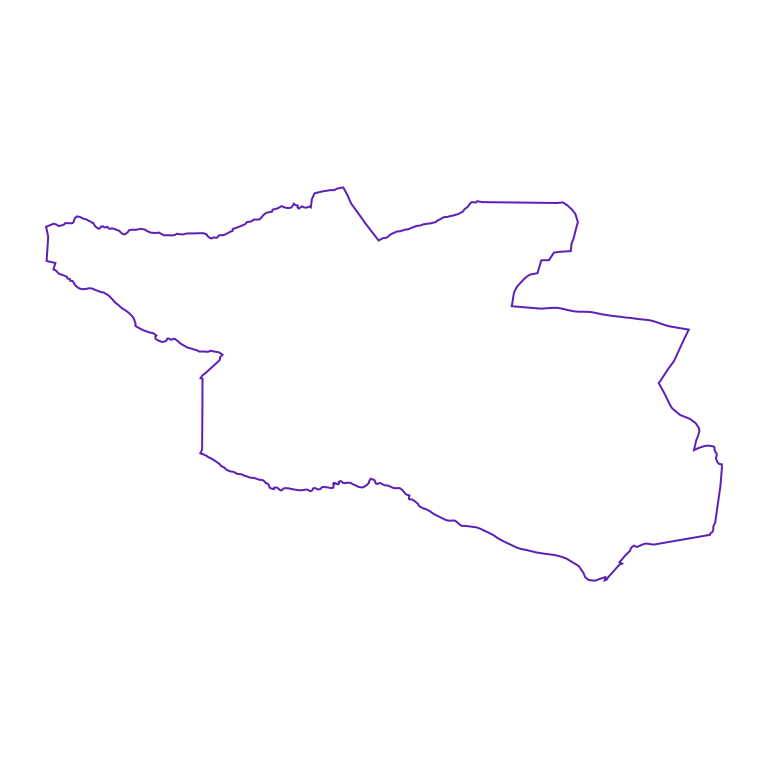 outline of Domingo Arenas, Puebla, Mexico
{"feature_id": "50627088B24684485641547", "entity_name": "Domingo Arenas", "entity_type": "district", "adm_level": 2, "iso_a3": "MEX", "parent_name": "Mexico", "parent_adm1": "Puebla", "projection": "albers", "projection_center": [-98.448, 19.131], "detail": "fine", "context": "isolated", "style": "outline", "palette": "violet", "viewbox_px": 768, "rotation_deg": 0, "n_neighbors": 0, "source": "geoboundaries", "source_scale": "gbopen_adm2", "svg_char_len": 6082}
<svg xmlns="http://www.w3.org/2000/svg" viewBox="0 0 768 768"><path d="M710.1,534.8L710.5,533.2L712.2,532.2L713.2,530.2L713.4,526.3L715.2,522.4L720.4,486.1L721.9,468.0L721.8,464.3L719.2,464.0L717.7,462.6L716.4,459.7L715.9,458.0L716.6,456.1L716.7,453.7L715.6,452.1L714.7,450.4L714.4,449.2L714.5,447.6L713.9,446.6L710.7,445.9L707.3,445.6L704.5,446.1L699.6,447.6L694.0,450.1L696.2,440.5L698.1,435.6L699.4,431.1L698.9,428.0L695.8,423.3L689.8,418.8L680.1,415.0L672.2,408.4L670.3,405.4L664.5,393.6L658.7,383.0L660.9,380.1L668.0,369.2L674.0,361.0L683.8,339.8L688.8,329.6L672.0,326.8L667.2,325.8L653.6,321.2L650.0,320.3L645.2,319.7L640.6,319.3L634.4,318.5L630.4,317.9L625.1,317.5L621.6,316.9L612.4,315.9L602.5,314.4L591.5,312.1L587.2,311.8L578.4,311.7L574.6,311.4L570.3,310.6L560.3,308.3L556.8,307.8L551.6,307.9L542.5,308.6L540.2,308.6L511.7,306.2L512.7,300.8L513.5,295.4L514.3,291.7L517.2,286.4L523.9,279.2L527.2,276.3L530.3,274.5L537.5,273.2L541.3,260.3L549.0,260.2L553.9,252.6L559.8,251.8L570.8,251.1L571.6,243.4L573.5,238.8L576.3,227.6L577.9,222.2L575.3,213.8L572.1,209.7L567.3,205.3L562.8,202.4L556.8,203.0L482.3,202.1L477.1,201.2L476.0,202.5L471.9,202.1L470.5,203.1L469.1,205.0L467.3,207.3L464.6,209.0L463.2,211.3L458.3,214.1L455.9,214.7L452.2,215.8L449.8,216.1L447.9,216.9L445.3,217.0L443.1,217.5L439.8,219.5L437.4,220.6L435.5,222.2L432.9,222.7L430.5,223.4L428.3,223.6L423.1,224.4L420.3,225.5L416.8,225.9L411.8,227.7L407.7,229.5L405.1,229.6L400.0,231.3L397.8,231.3L395.7,232.0L394.0,232.9L392.3,233.5L389.3,235.3L387.9,236.9L386.0,237.8L382.9,238.2L378.6,240.5L364.4,222.1L363.4,220.5L351.0,203.3L347.6,195.4L343.3,187.5L341.0,187.8L337.2,188.6L334.0,190.2L330.5,190.1L322.9,191.3L314.6,193.3L311.9,199.1L310.8,207.3L309.8,206.5L306.7,207.6L304.3,207.5L301.9,206.4L300.7,207.2L299.0,208.6L297.5,207.5L297.8,205.6L295.6,205.1L293.8,203.7L293.4,204.8L291.2,207.6L288.0,208.1L284.8,207.5L281.5,206.1L277.8,208.3L272.6,209.7L271.9,211.7L266.3,212.8L263.2,215.2L261.7,217.2L259.6,219.4L257.2,219.6L254.0,219.5L250.8,221.6L247.0,222.0L245.4,224.0L242.1,225.5L236.4,227.8L232.7,229.0L232.6,230.8L229.6,232.1L225.1,234.6L223.0,235.1L219.1,235.3L217.0,237.7L213.3,237.5L211.8,238.4L209.8,238.0L207.2,235.6L206.7,234.4L203.4,233.2L200.0,233.2L193.9,233.4L188.1,233.4L185.7,233.7L183.2,234.4L180.0,234.3L178.0,233.9L177.4,234.0L176.8,233.7L174.9,235.0L172.1,235.4L167.9,235.2L163.9,235.3L158.9,232.6L155.6,233.0L151.1,232.7L147.0,231.1L145.1,229.6L141.0,228.8L135.9,229.8L132.4,229.7L129.2,230.2L127.3,232.7L124.7,234.5L122.0,233.6L119.1,230.7L116.1,229.8L115.7,229.2L113.9,229.0L112.2,228.2L111.1,228.6L109.6,228.9L107.0,226.7L106.0,227.4L104.7,227.4L103.8,227.0L102.7,226.3L101.1,226.6L99.6,228.6L98.1,228.5L95.2,226.4L93.3,223.0L92.1,222.8L90.5,221.5L88.7,220.8L87.0,219.7L83.2,218.6L80.3,217.1L77.0,216.4L75.7,217.4L74.4,219.0L73.9,221.2L73.3,222.3L72.5,223.1L71.3,223.3L65.2,223.1L64.3,224.4L61.4,225.5L58.6,226.0L56.2,224.4L53.6,223.7L46.1,226.8L48.2,237.0L46.6,261.0L55.4,263.0L53.4,269.4L55.5,270.2L58.9,273.7L64.0,275.5L64.4,275.7L66.9,276.8L67.6,278.6L69.9,279.1L70.1,280.7L72.6,281.0L75.1,285.1L78.2,287.8L80.0,288.7L82.5,289.2L87.0,288.8L88.4,288.3L91.9,288.4L95.7,290.1L101.0,292.1L103.7,292.5L105.2,293.5L108.3,295.2L112.4,299.3L114.1,301.4L116.2,303.3L118.8,305.4L120.7,307.2L123.0,308.9L125.6,310.4L129.3,313.3L132.7,316.7L134.1,319.4L135.6,323.9L135.3,325.7L137.1,327.0L143.2,330.2L149.7,332.5L152.9,333.1L156.4,335.5L155.2,336.9L155.7,338.9L157.5,340.1L159.7,341.1L162.5,342.1L165.5,341.2L166.7,340.1L167.4,338.5L169.0,338.6L170.6,339.7L172.2,339.4L173.5,338.8L175.2,339.0L176.4,340.2L178.0,341.2L179.6,342.9L182.2,344.6L187.1,347.4L195.9,350.0L197.8,350.8L199.0,351.5L204.6,351.5L206.6,351.8L208.5,351.7L210.5,350.7L212.8,351.3L218.8,352.3L222.5,354.6L219.8,357.8L220.1,359.1L219.1,360.7L205.0,373.5L202.5,375.3L200.6,378.2L202.5,378.7L202.4,410.2L202.1,449.4L201.1,452.0L200.3,453.2L201.7,454.0L203.1,454.1L204.7,455.1L206.6,455.8L208.4,457.3L210.1,457.9L214.9,460.7L219.6,464.1L221.1,466.0L224.4,467.6L225.8,469.3L228.5,470.7L230.7,471.5L233.4,471.8L234.9,472.5L237.3,473.9L239.8,474.1L242.2,474.5L243.5,475.4L248.0,476.8L250.1,477.7L253.9,477.9L257.6,479.1L258.6,479.6L262.6,480.1L263.5,480.6L264.8,481.8L265.6,483.0L267.0,483.3L268.3,484.3L269.0,485.7L269.6,487.6L271.4,488.5L273.9,489.1L273.9,488.2L274.5,487.5L275.4,487.4L277.5,487.8L277.9,488.4L278.6,488.8L280.0,490.1L280.7,490.4L281.3,490.4L282.2,489.9L282.5,489.3L284.6,488.1L288.4,488.3L290.4,488.8L298.4,490.2L301.4,490.3L305.9,489.6L307.7,489.7L309.7,491.0L310.5,491.1L311.2,491.0L312.5,490.0L312.8,489.3L313.0,488.5L313.7,488.1L315.2,488.1L317.4,489.2L318.3,489.4L320.2,489.2L321.6,487.6L322.5,487.1L323.7,486.9L324.9,486.9L325.6,487.3L327.4,487.3L329.2,487.8L332.0,488.1L333.4,487.6L333.3,486.5L333.5,485.5L334.1,484.4L333.2,483.8L333.8,482.9L335.0,483.0L337.4,484.2L338.5,484.2L339.2,483.1L338.6,482.2L339.4,481.5L340.3,481.1L341.8,481.5L342.6,482.7L343.6,483.0L345.5,483.2L346.8,482.7L350.8,482.9L352.9,484.3L354.8,485.0L358.5,486.9L362.0,487.5L363.6,487.1L365.1,486.1L366.8,485.1L369.0,482.7L369.2,481.2L370.0,479.8L370.8,478.7L371.8,479.3L372.7,479.4L374.2,479.9L374.9,481.0L375.4,482.1L375.6,483.2L376.3,483.7L377.4,484.0L379.3,483.1L380.4,483.1L383.9,485.0L384.8,485.3L387.8,485.5L393.7,488.1L399.8,488.1L401.7,489.5L403.0,490.8L405.2,493.6L406.8,494.7L409.4,495.4L408.8,498.4L409.3,499.3L412.3,499.5L414.9,501.3L417.9,503.8L419.2,506.2L423.1,508.4L426.0,509.1L429.6,511.1L433.8,514.0L445.6,519.9L448.2,520.6L451.2,520.7L453.6,520.4L455.5,521.0L461.5,525.9L465.3,525.9L476.4,527.3L480.1,528.7L487.4,532.1L493.4,535.1L497.3,537.9L503.2,541.2L517.3,547.8L520.7,548.9L526.8,550.1L536.1,552.4L545.1,553.8L554.6,555.0L561.2,556.7L566.3,558.5L578.8,566.1L583.6,573.1L585.1,577.1L588.4,579.9L592.4,580.5L596.0,580.5L599.7,578.9L605.4,577.1L604.7,580.4L607.2,579.2L607.3,578.3L619.4,564.6L622.0,563.6L619.5,562.1L622.0,559.4L625.0,555.7L630.3,550.5L630.4,549.2L631.7,547.2L634.1,545.6L636.2,546.8L637.6,546.8L642.2,544.6L645.8,543.5L653.6,544.6L710.1,534.8Z" fill="none" stroke="#5b21b6" stroke-width="2"/></svg>